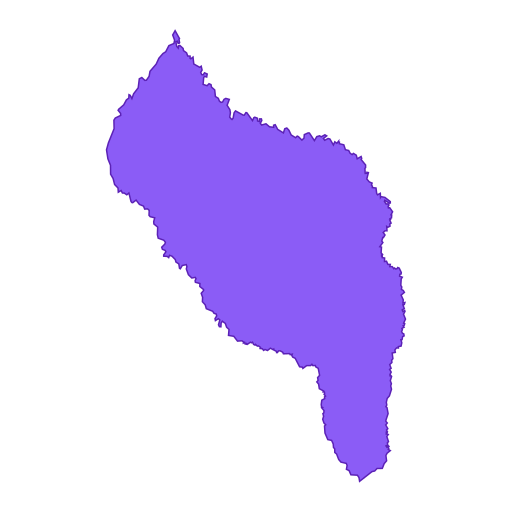 Querência, Mato Grosso, Brazil
{"feature_id": "56859067B43920904563535", "entity_name": "Querência", "entity_type": "district", "adm_level": 2, "iso_a3": "BRA", "parent_name": "Brazil", "parent_adm1": "Mato Grosso", "projection": "natural_earth1", "projection_center": [-52.69, -12.226], "detail": "fine", "context": "isolated", "style": "filled", "palette": "violet", "viewbox_px": 512, "rotation_deg": 0, "n_neighbors": 0, "source": "geoboundaries", "source_scale": "gbopen_adm2", "svg_char_len": 6068}
<svg xmlns="http://www.w3.org/2000/svg" viewBox="0 0 512 512"><path d="M365.6,167.6L365.6,165.0L361.1,159.5L361.7,158.4L361.1,156.5L357.2,158.8L356.3,155.2L353.4,153.4L352.1,154.6L350.1,153.2L348.7,150.5L345.4,149.7L343.8,144.8L339.3,143.7L339.4,142.1L338.4,142.0L338.5,141.3L336.8,143.3L334.8,141.8L333.4,145.0L329.9,139.0L328.1,138.5L324.7,140.3L323.4,138.5L326.7,135.9L324.9,134.8L321.2,136.8L319.6,135.8L316.8,136.6L314.4,140.6L309.4,133.0L308.1,132.9L304.3,134.6L304.0,138.1L301.9,140.1L298.4,136.6L297.2,136.1L295.6,137.7L291.2,135.0L288.9,130.2L286.8,128.0L284.8,128.7L283.4,132.9L277.7,129.4L275.2,124.7L273.6,125.2L273.7,127.3L269.5,126.8L266.0,123.8L261.6,125.0L260.3,123.3L261.8,120.5L261.4,118.9L259.6,118.9L259.4,121.5L257.6,121.0L257.4,118.2L254.8,117.2L253.8,117.7L252.5,120.6L246.8,112.7L245.9,112.6L244.2,115.2L243.2,115.1L235.5,110.9L234.1,112.8L233.1,118.2L232.0,119.5L231.2,118.9L229.7,117.2L230.4,112.8L229.9,109.7L227.1,105.3L229.3,99.4L225.8,98.4L224.0,99.4L222.6,102.0L221.0,102.4L219.4,101.1L218.3,98.3L215.4,96.5L214.7,89.9L211.5,87.1L211.0,84.6L209.0,83.7L207.1,85.7L203.1,84.4L203.7,77.5L204.6,76.4L206.7,77.0L207.2,74.0L204.5,72.8L203.2,74.8L201.7,74.6L200.7,72.4L202.1,70.1L201.2,66.2L199.7,67.3L193.8,64.0L193.0,57.1L190.8,58.8L190.1,58.4L190.1,56.1L187.7,56.0L186.6,52.9L183.5,50.6L183.1,48.4L179.9,45.5L178.6,45.8L178.2,48.1L176.7,46.4L175.9,41.8L177.3,41.2L178.1,43.3L179.0,43.4L179.6,42.7L179.0,39.4L179.5,38.6L175.1,30.7L172.7,35.0L174.6,40.2L173.9,43.5L168.9,45.6L165.7,51.8L163.0,53.5L158.9,58.2L156.2,64.1L150.0,71.3L149.1,76.3L146.4,80.2L144.9,80.4L141.8,77.5L139.3,78.8L138.2,87.8L133.6,93.8L131.9,98.6L130.2,95.3L129.0,94.7L128.8,98.1L126.4,99.9L123.7,104.9L118.8,109.1L118.1,110.3L120.6,113.4L120.7,115.4L115.3,118.0L113.9,120.2L114.1,128.7L108.4,142.9L106.5,149.8L107.9,158.8L110.5,165.3L110.6,174.2L113.1,178.5L114.6,184.5L118.0,188.0L118.3,192.2L121.1,190.5L122.4,193.0L124.3,193.1L126.8,194.8L128.9,193.0L131.0,201.4L131.8,202.5L132.7,202.7L136.1,200.1L139.4,204.4L143.5,206.1L144.7,209.1L147.6,208.9L149.2,210.4L149.0,215.3L150.2,216.7L154.7,217.8L153.7,221.6L153.9,224.0L157.7,227.1L157.4,234.7L158.2,238.2L163.8,240.2L165.4,242.3L164.8,244.1L161.7,247.2L162.4,249.3L165.1,250.4L165.9,251.8L163.7,254.9L163.7,256.2L167.2,256.4L168.7,257.6L169.5,255.3L172.0,256.2L175.3,259.6L175.9,262.0L178.8,263.9L179.5,268.3L180.3,268.8L182.3,265.5L186.3,264.6L186.9,266.7L186.3,268.9L188.4,274.7L191.8,278.0L195.3,277.4L196.0,278.6L195.1,280.7L195.4,282.3L199.9,283.5L199.8,286.5L203.5,289.5L203.6,290.5L201.2,293.3L202.6,297.3L202.4,301.7L205.2,304.8L206.3,308.7L212.7,311.3L214.0,313.3L216.2,314.0L216.7,315.9L215.0,318.6L215.4,320.6L218.4,318.7L219.8,319.9L218.5,324.8L219.4,326.7L220.9,326.8L221.1,323.1L222.3,321.2L225.3,323.4L226.6,327.2L229.0,329.4L228.5,335.4L233.8,336.3L237.5,341.1L241.9,340.8L243.5,341.9L243.4,343.0L244.6,342.4L245.0,343.9L246.7,344.3L246.6,343.6L247.7,344.1L250.4,342.2L251.4,342.8L252.5,342.2L253.6,344.4L255.0,345.1L255.5,344.4L257.3,346.1L258.5,345.9L260.5,347.4L260.1,348.5L262.4,348.8L263.6,350.4L265.0,349.5L267.5,350.5L270.4,348.2L273.0,349.6L273.7,349.1L273.8,350.0L276.5,351.4L276.6,352.6L277.4,352.6L278.5,350.9L280.1,350.8L282.7,352.2L283.4,353.8L289.6,353.6L290.2,354.7L292.2,354.2L291.8,355.4L292.7,357.1L295.2,358.3L299.6,366.8L302.5,367.2L302.9,368.4L306.7,365.6L310.6,365.6L311.9,364.3L312.8,365.6L315.3,365.5L315.8,366.9L318.2,368.3L319.6,375.3L317.6,377.6L318.1,380.4L316.8,381.9L318.6,384.1L319.3,388.7L323.6,391.0L323.1,391.9L324.4,392.0L324.6,393.8L324.1,394.3L325.5,396.1L324.5,396.8L324.7,398.6L321.8,400.2L321.2,404.6L321.6,407.1L322.4,407.4L321.7,407.8L324.0,410.6L323.8,412.9L322.9,413.6L323.6,416.3L322.7,419.3L324.0,423.1L325.7,424.8L324.5,426.0L325.0,433.1L327.8,439.6L331.6,440.4L333.2,443.9L333.5,447.5L334.7,448.8L334.8,452.5L336.6,454.0L338.7,459.5L340.9,462.1L346.3,463.4L347.1,465.5L346.4,469.3L349.1,470.6L350.9,474.8L357.4,475.2L359.0,477.6L359.6,481.3L372.0,471.6L374.7,471.0L377.0,468.5L382.3,468.4L384.2,463.6L386.6,460.8L385.9,455.5L387.1,453.2L390.3,450.6L388.3,449.4L388.8,448.5L388.1,447.5L389.0,446.4L388.4,445.8L386.9,447.2L386.0,445.9L387.7,445.0L387.4,442.7L388.5,441.7L386.8,436.5L388.2,434.5L386.7,434.1L387.0,433.1L386.3,433.6L386.3,432.0L387.3,431.6L386.5,430.0L387.8,428.7L385.7,424.9L387.3,423.0L385.9,421.4L385.9,420.3L388.1,413.6L387.0,407.6L385.9,406.7L386.8,405.0L386.3,402.4L387.2,398.4L389.4,395.9L391.5,389.2L390.7,385.9L391.4,383.7L390.3,380.7L391.6,376.4L390.6,375.2L390.2,376.5L389.9,374.6L391.2,372.1L389.6,369.4L391.1,368.3L389.7,364.6L391.9,362.5L391.7,360.2L392.9,358.7L392.2,353.0L395.3,352.4L394.9,349.9L396.5,347.9L398.4,348.0L398.3,346.6L401.1,346.1L401.8,342.8L400.9,339.7L402.1,339.6L402.6,336.6L404.1,335.9L403.8,333.9L402.4,333.2L401.6,331.5L402.4,329.7L401.9,328.4L404.1,327.2L403.1,325.8L404.3,325.2L404.7,323.6L403.6,323.2L405.5,319.1L403.5,314.2L405.0,311.4L404.7,310.5L402.9,311.5L402.2,309.9L404.3,308.6L402.9,304.8L404.3,304.5L404.9,302.5L402.9,302.9L403.3,299.9L401.1,295.1L404.4,292.4L403.3,290.5L401.4,289.4L401.8,287.0L400.8,285.3L401.2,279.0L402.3,277.2L399.6,276.2L399.8,274.3L401.1,274.0L401.3,272.5L399.2,268.1L397.7,267.5L397.1,268.6L395.8,269.0L394.5,268.0L393.8,268.7L392.2,266.6L389.8,266.6L390.3,264.4L387.9,264.4L386.5,261.2L384.5,261.5L384.6,258.0L382.2,257.6L382.3,256.0L381.6,256.1L381.5,255.0L382.5,254.4L381.1,252.9L381.5,247.1L379.8,246.7L382.9,242.5L381.8,241.1L382.7,237.5L383.4,237.6L385.0,235.0L383.2,232.5L385.0,230.8L387.0,230.8L386.7,226.5L387.8,227.3L390.0,226.2L389.8,224.0L391.1,223.1L389.7,219.9L390.5,219.5L390.0,218.7L391.5,217.9L391.7,215.0L391.0,214.8L392.6,211.8L389.7,207.7L388.4,207.9L388.1,206.3L389.0,205.0L387.7,203.9L386.1,204.0L384.4,201.4L384.8,200.3L389.4,203.2L390.3,203.0L390.3,201.6L384.9,197.4L380.9,196.6L380.5,197.3L380.3,193.3L377.5,194.8L376.7,193.5L376.0,188.0L372.3,187.6L372.4,186.2L371.5,185.1L372.1,183.1L369.3,181.9L366.8,179.0L368.4,172.6L366.9,172.3L366.8,173.3L365.2,173.4L364.9,168.4L365.6,167.6Z" fill="#8b5cf6" stroke="#5b21b6" stroke-width="1.5"/></svg>